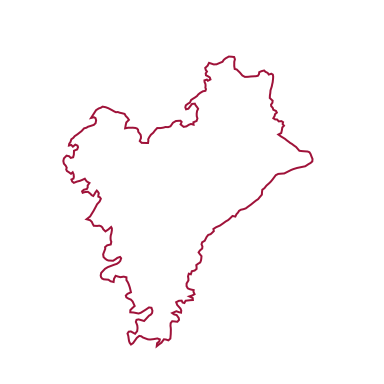 outline of Jaquirana, Rio Grande do Sul, Brazil, rotated 241°
{"feature_id": "56859067B17616703483984", "entity_name": "Jaquirana", "entity_type": "district", "adm_level": 2, "iso_a3": "BRA", "parent_name": "Brazil", "parent_adm1": "Rio Grande do Sul", "projection": "equal_earth", "projection_center": [-50.364, -28.959], "detail": "fine", "context": "isolated", "style": "outline", "palette": "rose", "viewbox_px": 384, "rotation_deg": 241, "n_neighbors": 0, "source": "geoboundaries", "source_scale": "gbopen_adm2", "svg_char_len": 5880}
<svg xmlns="http://www.w3.org/2000/svg" viewBox="0 0 384 384"><g transform="rotate(241 192 192)"><path d="M74.2,86.4L74.7,89.3L75.0,92.2L76.8,96.0L75.6,97.7L73.7,99.4L74.3,102.0L78.0,104.5L81.9,106.8L83.6,107.6L85.4,108.3L87.6,109.7L88.6,112.0L87.3,113.9L85.6,116.3L86.4,118.6L88.2,119.3L91.8,118.9L93.6,117.0L95.7,116.0L95.3,120.5L93.2,122.3L91.8,123.9L93.5,125.1L95.6,125.4L100.3,124.3L103.3,124.7L103.2,127.8L102.0,130.3L99.9,130.2L98.6,131.5L100.0,133.7L98.2,138.1L97.1,140.4L98.9,141.2L102.0,139.0L101.4,142.1L101.4,144.7L104.0,144.9L105.4,145.9L106.6,144.5L108.2,142.8L109.8,141.6L112.3,141.6L114.6,142.9L116.4,146.0L117.9,146.8L120.1,147.6L122.1,149.6L120.6,151.1L122.8,153.4L122.0,156.2L122.5,158.7L124.1,159.6L126.0,160.3L126.3,162.5L126.4,165.0L127.7,166.6L129.2,167.8L131.3,169.2L134.0,168.7L136.0,168.5L137.0,170.5L137.6,173.5L139.3,174.7L141.7,175.0L143.1,176.5L143.2,179.5L145.6,183.0L146.6,185.4L146.1,187.8L146.6,189.9L147.2,192.1L149.3,192.8L149.5,196.1L149.1,200.2L149.5,204.1L149.9,207.3L149.9,210.0L150.4,212.2L151.4,215.8L149.5,218.0L151.0,220.1L151.7,222.2L152.7,224.0L152.8,226.1L152.0,228.8L151.6,231.1L152.0,233.9L152.4,237.4L153.0,240.8L153.5,243.8L153.7,246.4L154.6,248.6L155.8,251.8L158.0,253.2L159.9,254.6L160.2,257.1L161.5,260.2L162.3,263.9L162.9,266.0L163.8,268.3L165.2,271.4L166.1,273.4L166.0,276.2L165.2,278.0L163.5,281.7L163.2,289.3L162.9,291.7L162.1,295.5L160.3,301.3L159.6,303.5L159.9,307.5L159.9,309.7L160.4,312.0L162.4,313.4L165.0,313.7L167.7,314.1L169.8,314.0L171.3,312.8L173.0,310.2L174.6,307.8L176.0,305.9L178.3,305.4L180.8,304.9L183.5,303.6L185.8,302.6L187.2,301.7L188.9,301.0L191.3,299.9L193.4,299.1L195.0,298.2L197.6,296.7L200.4,295.4L200.3,298.6L202.5,300.6L204.7,302.3L205.4,304.6L207.5,304.2L208.9,305.5L210.6,304.6L211.7,302.1L214.1,301.6L215.2,299.9L217.1,298.9L218.5,301.2L219.8,302.3L220.3,304.7L222.1,304.8L224.5,303.0L226.6,303.4L228.6,302.9L230.1,303.5L231.1,305.6L232.8,306.8L234.8,306.1L236.5,305.6L238.9,307.1L240.4,308.3L242.9,310.0L245.6,312.9L247.5,314.5L248.8,315.7L250.2,316.7L251.9,317.9L253.7,319.0L255.5,319.6L257.0,318.7L257.5,316.1L259.5,315.9L261.5,314.5L263.3,314.0L264.0,311.3L264.2,308.9L262.6,307.7L261.7,306.0L262.3,304.0L263.4,301.8L264.5,299.5L265.6,296.8L267.0,294.1L269.5,292.5L273.2,291.8L277.5,290.5L278.9,289.0L281.7,290.0L283.8,291.2L285.4,292.1L287.3,293.9L289.6,294.3L291.0,292.4L292.6,289.9L292.6,286.2L292.2,283.9L291.1,281.8L291.5,278.3L291.8,275.3L293.1,272.8L295.0,271.1L296.7,269.5L294.9,266.9L294.1,263.7L292.0,263.2L290.1,263.5L289.1,261.5L287.3,260.8L285.4,262.1L283.5,263.1L281.5,262.7L281.6,259.8L283.1,259.5L283.6,257.0L282.1,256.3L279.9,256.1L278.2,255.3L276.8,254.3L275.2,254.1L274.0,252.8L274.8,250.3L274.7,247.2L274.3,244.8L273.5,242.9L273.2,240.3L273.1,238.0L272.9,235.8L271.2,233.5L271.2,231.4L270.8,228.6L269.3,227.2L267.2,226.9L266.6,229.2L267.7,231.7L269.0,234.7L267.9,237.3L266.2,237.2L263.6,237.6L261.8,237.7L260.4,235.7L258.3,234.1L256.0,232.9L253.7,232.4L251.9,230.4L252.3,227.0L250.1,226.0L252.0,224.1L252.3,221.9L252.1,218.9L253.0,216.3L256.7,214.8L258.3,216.9L259.9,216.5L260.8,214.7L261.9,212.3L261.8,208.9L260.7,206.7L259.9,205.0L260.3,202.6L261.7,200.3L262.2,198.1L263.2,195.4L264.8,192.6L263.8,189.5L262.6,186.8L262.0,183.8L260.8,181.4L259.4,179.3L257.9,178.6L256.2,177.3L257.6,174.8L259.4,171.8L261.9,171.0L263.9,173.5L265.4,174.3L267.0,174.8L268.9,174.5L270.7,174.2L272.6,175.0L274.1,174.7L275.4,173.6L277.0,171.3L278.1,169.2L279.1,167.5L280.1,164.4L282.7,166.5L284.7,168.3L285.7,171.8L288.1,171.6L290.6,170.9L293.0,170.9L295.0,168.8L296.4,167.2L297.9,165.9L298.7,164.1L300.1,163.1L302.4,161.7L304.1,160.6L305.9,159.4L308.0,157.6L310.0,155.2L309.9,153.1L310.3,151.0L310.1,147.8L305.7,139.6L304.9,142.5L303.4,143.4L301.2,142.9L299.0,141.1L298.3,138.7L298.9,135.5L299.5,132.8L299.4,130.8L300.0,128.5L298.8,124.9L298.4,122.3L298.0,119.8L297.7,116.4L296.9,114.5L296.6,112.0L294.7,110.0L293.7,108.0L292.3,106.9L291.7,109.2L289.4,109.8L290.0,112.9L288.1,114.3L286.5,114.1L284.9,112.2L285.3,108.8L282.0,106.8L280.0,104.9L280.6,102.5L282.8,101.9L284.6,99.9L283.5,96.3L281.5,94.5L278.9,93.7L276.3,94.3L274.0,94.2L272.7,92.9L271.0,92.8L269.0,93.9L266.6,95.0L267.1,97.2L264.8,97.0L262.5,96.0L261.2,94.8L261.4,92.6L259.3,92.3L257.3,93.1L256.9,96.4L256.1,99.4L255.8,101.8L255.6,104.7L254.0,104.8L252.2,105.1L249.6,106.7L248.3,103.9L246.6,103.0L245.6,101.5L246.4,98.5L245.9,96.2L244.3,96.0L243.9,98.2L242.6,101.1L239.7,102.3L237.9,102.7L236.4,103.7L237.3,105.5L238.4,107.2L239.4,109.4L237.8,109.8L236.1,109.9L234.8,108.7L233.4,107.8L232.0,108.9L230.3,109.0L228.5,106.6L227.3,103.0L226.0,101.1L223.3,96.9L220.0,91.0L219.3,86.6L216.7,89.2L214.4,89.9L212.4,89.7L210.1,89.7L208.3,92.6L207.5,94.6L206.2,95.8L204.5,96.4L202.5,96.3L199.5,97.2L199.8,100.7L200.6,104.3L199.1,104.3L197.4,103.4L195.0,101.5L193.2,99.7L191.2,98.4L189.2,97.5L187.6,97.3L185.5,95.5L186.5,92.0L185.9,89.2L184.4,88.6L180.6,84.1L178.0,83.1L175.6,83.8L173.9,84.6L172.6,85.7L170.1,89.7L170.3,92.9L170.6,94.8L170.1,97.6L168.4,97.9L166.5,95.8L165.8,93.7L165.6,91.3L166.1,88.9L167.1,82.0L167.0,78.7L165.3,73.4L163.3,71.7L161.7,71.2L159.9,71.4L158.4,72.5L155.8,76.4L153.4,77.5L151.3,79.8L153.9,81.7L155.7,84.6L153.8,86.4L152.2,88.1L151.1,91.2L149.2,93.3L146.6,91.9L144.5,92.1L142.7,92.0L140.7,91.7L138.6,91.3L133.9,90.0L134.2,86.2L133.5,83.9L131.7,83.5L129.6,84.7L127.5,86.4L125.0,87.0L120.1,86.6L119.3,83.1L118.6,80.8L116.7,79.7L114.9,82.5L111.6,86.4L111.2,88.7L111.5,94.3L111.9,98.4L110.4,100.4L107.3,99.8L105.5,98.4L104.7,96.5L104.7,94.5L102.4,87.6L106.5,83.5L107.1,81.5L105.6,79.9L103.5,79.7L101.7,79.4L99.4,78.4L96.9,76.6L95.6,73.5L99.7,70.9L100.5,68.9L99.5,67.0L97.0,66.5L94.4,65.5L92.2,64.7L90.3,64.4L88.2,64.7L88.4,67.2L91.2,73.1L91.7,76.1L90.4,77.7L88.6,78.5L86.0,80.7L84.5,82.0L83.3,83.8L82.0,86.9L80.7,90.7L78.7,92.4L77.2,91.0L76.7,88.2L74.2,86.4Z" fill="none" stroke="#9f1239" stroke-width="2"/></g></svg>